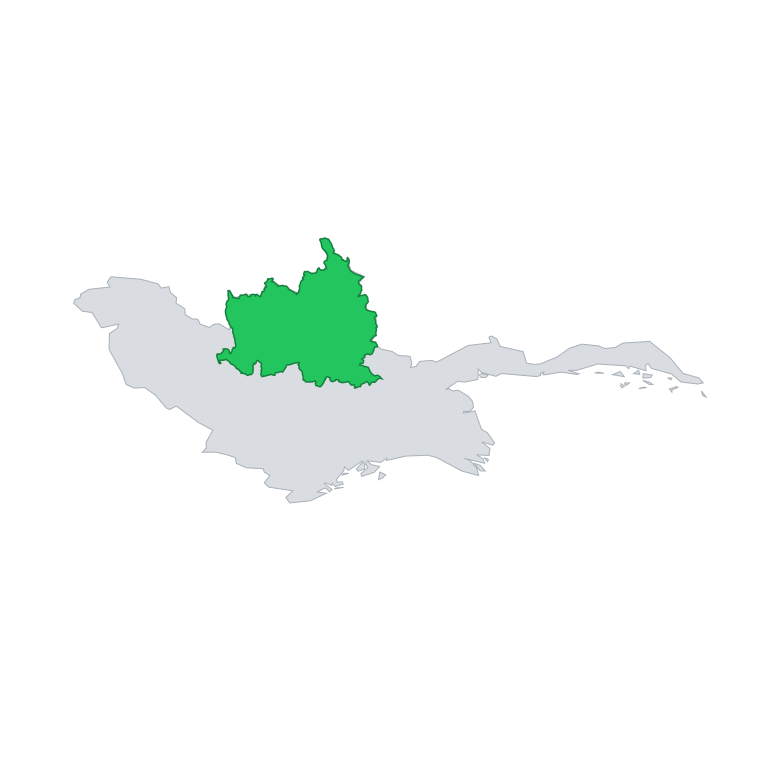 Myanmar, with Shan highlighted, rotated 280°
{"feature_id": "MMR-3277", "entity_name": "Shan", "entity_type": "State", "adm_level": 1, "iso_a3": "MMR", "parent_name": "Myanmar", "parent_adm1": "", "projection": "robinson", "projection_center": [97.631, 21.717], "detail": "fine", "context": "in_parent", "style": "filled", "palette": "green", "viewbox_px": 768, "rotation_deg": 280, "n_neighbors": 0, "source": "natural_earth", "source_scale": "10m", "svg_char_len": 9840}
<svg xmlns="http://www.w3.org/2000/svg" viewBox="0 0 768 768"><g transform="rotate(280 384 384)"><path d="M486.5,345.5L479.6,341.8L474.5,345.2L466.7,343.9L467.6,351.2L463.2,353.6L455.3,352.9L450.6,364.1L434.4,367.0L423.8,364.9L417.9,374.9L417.5,386.2L414.6,393.0L415.8,404.8L408.9,407.9L404.7,407.2L407.0,412.6L412.4,415.0L415.6,427.2L414.6,431.9L436.5,460.1L443.2,482.2L448.4,479.2L450.0,481.5L447.9,487.4L441.2,491.8L440.1,515.3L429.2,520.9L429.5,528.7L430.8,534.2L440.6,549.8L451.5,560.5L457.6,571.9L458.8,588.5L457.3,595.4L460.1,605.4L465.7,612.0L472.1,638.3L459.3,661.5L446.3,676.7L444.7,692.9L440.5,698.2L438.5,693.1L437.5,676.2L443.8,665.5L445.8,644.8L449.9,640.4L447.7,638.4L442.6,639.8L444.4,623.1L441.5,622.4L443.9,618.8L440.8,590.9L430.8,571.3L429.5,562.9L427.9,574.3L426.8,572.0L426.5,556.6L420.7,539.8L421.3,538.3L424.0,539.8L421.5,536.0L419.5,536.8L417.8,532.7L414.7,497.8L411.0,492.9L412.4,477.9L415.2,474.1L404.7,475.6L399.8,463.0L399.5,456.0L389.1,445.5L390.8,448.8L389.0,452.3L390.8,458.2L386.5,469.2L382.2,474.2L376.5,476.3L372.0,473.1L371.0,467.3L369.2,467.2L373.3,478.3L356.4,487.8L353.9,494.4L345.2,503.1L342.6,501.9L344.0,490.2L338.8,499.6L331.8,499.8L330.4,487.3L327.5,494.6L323.4,496.9L324.7,476.0L323.6,482.0L316.8,490.3L310.3,493.0L311.8,475.8L320.7,448.7L321.5,439.7L316.8,418.0L309.2,399.8L311.4,399.5L306.2,394.3L305.5,380.8L302.4,385.6L302.0,394.1L295.3,389.7L289.1,378.0L291.6,376.9L298.9,382.5L303.0,379.4L304.1,375.5L292.7,364.0L295.6,359.4L291.8,359.5L282.0,353.9L279.2,355.0L280.4,359.8L278.4,361.2L274.6,353.8L277.4,350.1L275.0,350.0L276.6,343.4L275.7,342.4L271.1,351.1L268.4,349.1L271.4,344.7L270.2,342.1L266.0,337.0L266.4,346.2L256.2,331.7L250.5,312.0L255.0,307.0L263.0,312.8L262.4,288.5L265.9,283.2L274.0,287.6L276.4,281.4L279.6,279.8L277.6,263.1L280.2,252.3L285.7,250.5L287.0,241.8L287.7,230.0L285.2,216.9L290.1,220.1L295.7,218.9L308.8,223.4L313.8,208.1L326.2,183.2L321.7,177.4L322.5,173.9L333.3,160.8L338.9,149.1L336.6,138.6L338.9,130.0L348.8,124.6L370.2,107.3L386.0,104.8L392.5,111.6L396.9,112.3L390.3,96.1L403.7,84.0L403.3,74.4L409.6,64.4L413.2,64.8L416.4,69.7L419.9,69.7L426.0,77.0L431.9,97.3L436.4,93.7L442.2,96.6L444.9,126.6L443.4,144.0L439.8,148.0L442.5,155.2L436.9,157.8L433.1,164.7L427.4,165.2L423.6,174.8L417.9,176.2L414.8,183.6L415.5,189.3L411.0,192.6L409.4,202.3L413.4,206.1L414.6,211.3L410.4,222.2L414.0,222.6L429.5,215.3L440.5,216.7L447.9,215.0L443.3,222.4L447.9,232.0L448.8,246.9L465.3,251.1L467.9,254.8L464.3,259.4L458.7,283.4L480.2,286.8L480.9,296.0L485.5,299.4L486.1,304.5L489.1,306.2L500.6,305.9L507.4,299.6L516.2,296.8L516.7,302.1L514.8,306.0L505.2,311.3L498.7,322.3L498.3,324.7L501.3,326.9L490.2,331.3L486.5,345.5ZM295.7,371.5L302.6,376.0L301.3,379.3L296.9,379.5L293.6,373.7L295.7,371.5ZM432.9,607.5L437.3,614.5L432.9,619.3L432.9,607.5ZM294.8,401.5L291.3,398.9L288.8,395.2L296.5,395.3L294.8,401.5ZM439.2,637.5L439.4,646.6L436.6,645.6L434.8,637.9L439.2,637.5ZM320.6,492.9L315.9,498.8L315.2,493.8L321.6,486.5L320.6,492.9ZM410.7,484.9L407.9,483.1L407.5,477.8L409.7,476.2L411.4,478.8L410.7,484.9ZM430.2,648.7L429.5,645.6L432.5,638.2L432.0,644.7L430.2,648.7ZM428.5,665.8L432.3,672.7L431.7,674.0L428.2,668.6L425.9,669.0L428.5,665.8ZM441.8,632.3L437.8,634.2L437.5,627.9L441.8,632.3ZM432.3,697.6L427.1,703.6L427.7,700.3L432.3,697.6ZM273.3,354.8L275.2,362.2L272.0,353.4L273.3,354.8ZM432.9,593.1L432.8,598.7L431.4,589.6L432.9,593.1ZM289.1,360.0L289.8,364.8L286.8,358.1L289.1,360.0ZM427.6,625.6L424.6,622.8L425.6,620.8L427.2,621.2L427.6,625.6ZM425.5,617.4L423.5,621.2L421.6,618.9L423.2,617.3L425.5,617.4ZM425.9,639.9L426.0,643.3L423.8,635.6L425.9,639.9ZM327.7,499.8L325.6,499.6L328.4,495.9L328.7,497.3L327.7,499.8ZM439.8,666.4L437.9,665.8L439.3,662.1L439.8,666.4Z" fill="#d9dde1" stroke="#a8b0b8" stroke-width="1"/><path d="M482.7,343.2L481.8,342.3L481.6,341.7L481.1,341.1L479.2,341.4L478.0,342.1L477.0,344.4L476.5,344.9L474.2,345.2L472.5,345.8L471.5,345.3L470.3,345.3L468.0,344.5L466.2,343.2L465.6,343.5L467.0,345.3L467.6,347.9L468.5,349.1L468.7,349.6L468.3,351.1L466.2,352.9L461.9,354.2L460.1,352.8L458.4,352.2L456.6,352.3L455.3,352.9L454.2,353.8L453.6,354.9L453.3,357.3L453.5,358.6L453.1,359.5L453.4,361.6L453.2,362.5L452.3,363.6L451.2,364.1L450.1,365.0L449.7,365.1L448.7,363.8L447.4,363.0L445.7,364.5L441.9,365.4L441.2,366.3L439.7,366.9L439.2,367.5L437.9,366.4L436.4,367.1L432.5,367.0L430.4,367.9L429.9,367.4L429.7,366.0L428.5,365.6L426.7,364.0L425.5,364.0L424.7,363.0L424.1,363.1L423.9,363.6L423.5,365.8L423.8,367.7L423.6,368.7L422.7,368.9L421.8,370.0L420.0,371.0L419.5,371.1L419.0,368.9L418.6,368.5L417.3,368.3L416.2,367.7L415.2,368.1L411.8,367.1L411.1,366.0L410.3,365.2L411.0,362.3L410.1,361.7L409.0,359.8L408.5,359.8L407.6,360.4L406.9,360.4L405.3,358.4L405.2,358.0L404.5,358.2L403.7,359.8L401.4,360.0L400.6,359.4L400.3,357.3L399.5,356.8L398.6,356.7L398.3,360.4L397.9,361.0L397.8,364.6L397.6,365.7L394.4,367.8L392.8,369.3L391.7,370.6L391.0,371.8L390.4,373.5L391.4,375.7L391.4,376.8L390.6,378.5L388.8,380.8L389.0,379.1L388.4,377.7L386.0,375.8L384.7,375.3L383.8,373.6L384.0,372.7L383.3,371.2L381.9,371.0L380.4,370.1L380.5,369.5L382.2,368.7L382.6,368.0L383.3,367.4L383.5,366.8L383.3,366.4L382.3,365.5L380.7,363.2L379.8,361.5L379.0,361.3L378.1,361.6L377.3,361.3L377.2,359.8L375.7,357.6L375.0,356.1L375.1,355.6L375.7,355.7L376.1,355.4L376.7,355.7L377.3,355.2L378.1,353.9L377.5,353.2L377.3,351.8L380.1,348.9L380.1,348.4L378.4,343.8L378.0,341.8L378.2,340.7L378.7,340.0L378.6,338.9L379.7,338.9L380.2,338.5L380.1,336.1L380.0,335.9L379.6,336.1L378.9,335.5L378.2,334.0L377.6,333.5L377.4,333.0L377.6,332.3L377.5,331.5L378.9,330.0L380.8,330.0L380.9,328.4L381.3,327.7L381.4,327.2L380.7,326.1L379.9,326.0L378.9,324.9L378.0,325.5L376.7,324.5L375.6,324.6L371.6,322.9L370.3,321.8L370.2,320.0L370.7,318.7L370.6,317.4L371.1,316.9L372.5,316.3L373.4,316.6L374.6,316.5L375.0,316.2L374.5,314.6L373.8,313.5L372.9,309.6L372.5,306.3L374.0,305.1L373.7,304.5L374.1,303.6L377.6,303.0L379.8,301.8L381.3,301.6L382.5,300.5L383.9,298.4L384.9,297.4L385.2,297.3L385.9,297.6L387.4,297.0L388.0,296.0L389.1,296.8L390.1,296.9L390.3,296.5L390.0,294.3L389.3,293.7L389.1,292.1L388.2,290.9L387.6,289.4L386.7,288.2L386.1,285.5L385.8,285.1L385.4,284.8L383.6,284.5L378.4,282.3L378.2,282.0L378.2,280.1L377.7,278.8L377.0,278.0L376.7,276.2L376.0,275.2L373.6,274.9L373.4,274.1L373.9,271.0L373.6,270.2L372.8,269.6L372.8,268.2L371.1,265.6L371.1,264.1L370.6,264.0L370.5,263.1L370.1,262.4L372.1,260.9L374.5,261.2L376.1,260.5L376.8,261.0L378.0,260.9L380.2,259.7L382.0,260.0L382.9,259.6L383.6,258.9L383.8,258.0L385.3,255.7L385.0,254.9L384.2,254.4L382.5,254.3L381.4,253.6L381.5,252.2L380.5,252.4L379.3,251.4L378.4,252.1L374.3,252.8L371.8,252.7L370.4,251.7L370.1,251.3L370.3,250.8L370.0,250.0L368.8,248.5L368.8,247.7L369.8,246.2L369.9,244.0L370.2,242.9L369.7,241.5L370.2,241.4L370.7,241.7L371.0,241.6L371.2,241.3L371.1,240.7L371.5,240.0L372.6,239.0L373.2,238.7L373.0,237.5L373.5,236.9L373.6,236.1L375.9,233.8L376.9,231.5L377.2,229.8L377.9,228.8L379.0,228.0L380.7,224.3L380.6,223.6L379.9,222.6L379.3,220.8L379.2,218.8L378.5,218.3L377.6,218.4L376.3,219.7L375.7,219.1L375.6,218.6L376.0,217.8L381.6,214.8L384.1,214.3L384.8,215.1L384.8,216.7L385.7,218.2L388.8,220.3L390.4,219.5L390.7,220.0L391.1,221.6L391.2,223.5L390.6,225.2L389.9,225.8L387.2,226.9L387.3,227.7L390.1,228.7L391.1,228.5L393.6,229.2L393.8,229.4L393.8,230.5L394.1,231.2L396.6,231.3L398.8,230.2L400.4,230.1L401.4,229.3L402.9,229.2L403.3,228.6L403.9,228.7L404.9,227.7L406.1,227.7L407.6,226.5L412.0,225.4L412.7,224.9L412.9,224.2L412.8,223.6L414.3,223.0L416.4,221.0L417.9,220.6L420.0,218.4L426.4,215.6L428.6,215.1L433.0,215.7L434.9,214.7L436.1,214.7L438.1,215.0L440.6,216.5L442.2,215.7L443.4,215.5L444.4,215.0L447.4,214.7L448.8,214.1L449.1,215.2L448.6,216.3L444.4,219.5L442.9,220.2L442.7,220.5L443.2,221.3L442.9,222.4L443.1,225.4L442.9,226.1L443.5,226.5L446.3,227.0L446.7,227.4L446.9,229.7L448.6,232.5L448.4,233.2L446.8,234.3L446.4,235.2L446.9,236.9L447.2,237.2L448.4,237.0L448.8,237.4L449.6,239.5L449.6,240.8L449.4,241.4L448.5,241.9L448.5,242.3L449.8,242.3L450.2,243.2L448.7,246.2L448.7,247.3L453.7,247.9L454.0,249.1L454.5,249.7L455.1,249.9L456.7,249.8L458.6,250.2L458.9,251.1L459.3,251.5L461.3,250.4L462.2,249.1L462.8,249.0L463.3,249.3L464.2,250.6L464.8,251.1L467.0,251.2L467.5,251.5L467.4,253.0L468.7,255.2L468.8,256.0L468.1,256.6L467.2,256.5L465.6,255.6L465.1,255.8L465.2,258.3L464.1,259.8L463.5,261.2L462.0,262.2L462.0,263.1L463.4,266.9L463.5,267.6L463.1,269.4L463.5,270.7L463.1,271.5L461.3,273.6L460.1,274.3L460.0,274.7L460.2,275.2L460.2,276.0L459.4,277.1L458.9,279.3L457.9,280.7L457.7,281.4L458.1,282.0L457.2,282.5L457.9,283.2L460.5,284.2L463.8,284.3L466.0,283.5L467.5,284.2L468.9,284.1L471.7,284.8L472.6,286.1L473.2,286.4L473.8,285.6L474.4,285.3L476.7,286.5L477.3,287.1L477.9,286.8L478.1,285.9L478.7,285.8L480.9,286.2L480.7,287.1L481.6,289.0L481.3,290.3L480.3,292.8L480.2,293.6L480.8,295.4L481.2,297.3L481.5,297.9L482.6,298.5L485.1,298.6L486.2,298.9L486.9,299.6L486.9,300.1L486.1,300.5L485.5,301.5L485.2,302.6L485.3,303.9L485.6,304.6L486.5,305.5L487.5,307.1L488.2,307.4L489.9,306.1L491.3,305.5L492.4,304.1L492.8,303.9L494.1,303.9L494.5,304.2L495.4,305.1L495.8,306.1L496.2,306.4L497.4,306.2L499.7,306.4L501.1,306.0L503.6,304.3L505.1,302.5L506.3,300.6L507.4,299.5L508.7,298.8L512.1,297.6L514.8,295.7L515.8,296.0L516.1,298.2L516.8,298.8L517.3,300.2L517.3,300.7L517.5,301.1L516.9,302.6L517.1,303.7L517.0,304.2L512.5,308.1L509.3,309.8L508.0,311.2L506.9,311.7L506.2,311.8L505.2,311.3L504.2,311.4L503.2,316.6L501.3,320.2L498.9,321.1L499.3,322.3L498.5,323.1L498.1,325.3L498.1,325.9L498.6,326.4L501.3,325.9L502.1,326.1L502.1,326.3L500.6,327.8L498.7,328.6L494.2,327.8L493.6,327.9L492.6,329.4L491.4,329.8L489.1,332.4L488.8,333.4L487.9,335.0L487.2,337.5L486.4,343.0L485.8,343.9L485.8,345.4L484.5,344.5L483.9,343.6L482.7,343.2Z" fill="#22c55e" stroke="#15803d" stroke-width="1.5"/></g></svg>